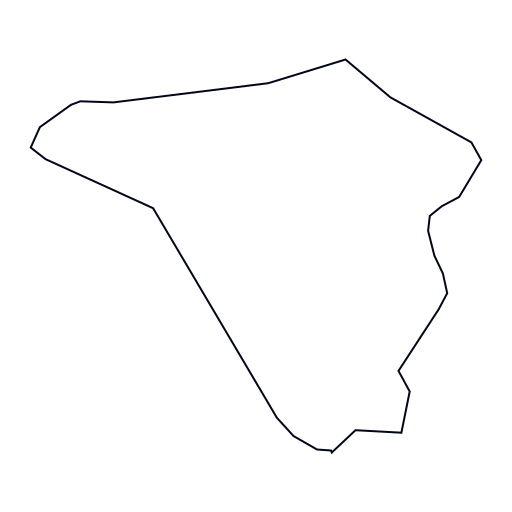 the Municipality of Sežana
{"feature_id": "SVN-1034", "entity_name": "Sežana", "entity_type": "Municipality", "adm_level": 1, "iso_a3": "SVN", "parent_name": "Slovenia", "parent_adm1": "", "projection": "orthographic", "projection_center": [13.883, 45.722], "detail": "fine", "context": "isolated", "style": "outline", "palette": "ink", "viewbox_px": 512, "rotation_deg": 0, "n_neighbors": 0, "source": "natural_earth", "source_scale": "10m", "svg_char_len": 479}
<svg xmlns="http://www.w3.org/2000/svg" viewBox="0 0 512 512"><path d="M331.8,452.5L331.0,450.5L317.0,449.5L293.6,436.1L276.9,417.8L153.1,208.2L45.6,159.2L30.7,147.6L39.9,127.1L71.0,104.8L80.4,101.3L113.4,102.4L268.2,83.2L345.5,59.5L390.3,97.3L471.4,142.4L481.3,160.1L459.2,196.9L441.8,206.2L429.8,215.9L428.1,230.8L434.4,255.7L442.9,273.5L447.2,293.2L438.8,309.1L398.5,370.9L409.7,391.5L401.4,432.7L355.5,430.2L331.8,452.5Z" fill="none" stroke="#020617" stroke-width="2"/></svg>